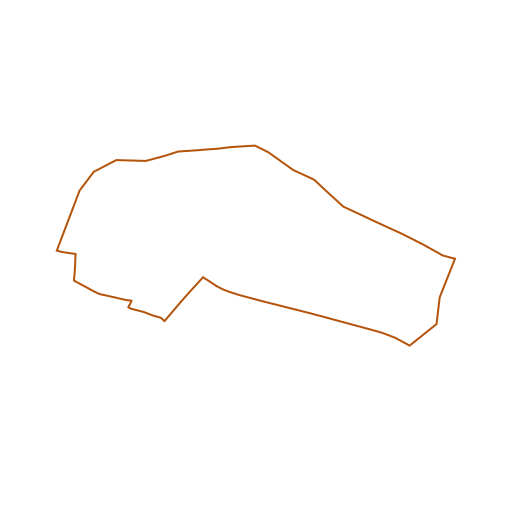 the district of Kesm Than Assuit, Asyut, Egypt, rotated 328°
{"feature_id": "37247803B53748377361433", "entity_name": "Kesm Than Assuit", "entity_type": "district", "adm_level": 2, "iso_a3": "EGY", "parent_name": "Egypt", "parent_adm1": "Asyut", "projection": "robinson", "projection_center": [31.165, 27.193], "detail": "fine", "context": "isolated", "style": "outline", "palette": "amber", "viewbox_px": 512, "rotation_deg": 328, "n_neighbors": 0, "source": "geoboundaries", "source_scale": "gbopen_adm2", "svg_char_len": 1370}
<svg xmlns="http://www.w3.org/2000/svg" viewBox="0 0 512 512"><g transform="rotate(328 256 256)"><path d="M423.3,363.8L414.7,354.6L403.8,334.8L391.3,314.2L384.9,304.5L374.1,288.1L371.9,284.6L356.2,260.4L350.6,240.3L345.7,222.0L333.3,203.1L333.1,202.7L332.9,202.3L321.4,174.5L313.6,161.8L294.6,151.5L292.1,150.2L280.5,144.8L270.6,139.5L261.3,134.7L245.2,126.1L230.6,122.4L213.0,117.0L188.3,100.6L163.1,98.6L141.1,107.0L89.9,145.9L94.1,150.2L95.6,151.5L97.9,153.5L103.4,158.1L103.5,158.2L103.7,158.4L104.1,158.8L102.8,160.5L100.3,164.1L98.6,166.7L94.3,172.8L92.8,174.8L91.4,176.6L90.3,178.1L88.9,179.8L88.8,180.2L88.7,180.6L89.1,181.1L89.3,181.7L90.0,182.9L92.6,187.5L96.6,194.4L97.4,195.9L99.3,199.2L100.4,201.1L102.7,204.7L104.1,206.3L108.3,210.4L114.1,216.1L121.7,223.7L124.2,226.0L124.7,226.2L125.2,226.4L126.0,227.5L126.3,227.8L126.6,228.1L125.2,229.1L120.8,231.6L120.7,231.7L120.6,231.8L121.9,234.3L125.0,237.5L127.8,240.5L130.2,243.0L131.6,244.6L133.0,246.5L136.8,251.5L137.0,251.8L138.0,252.9L141.6,256.9L142.4,257.8L142.6,258.4L142.9,259.0L143.9,262.7L170.8,254.2L180.4,251.4L199.8,246.0L202.5,251.6L206.9,261.2L210.4,267.0L213.7,271.4L220.9,280.0L239.5,299.9L255.1,316.1L270.4,332.0L280.7,343.0L303.8,367.9L316.5,381.6L322.2,387.9L330.8,399.3L338.8,413.4L373.0,409.4L375.6,406.2L389.9,388.4L423.3,363.8Z" fill="none" stroke="#b45309" stroke-width="2"/></g></svg>